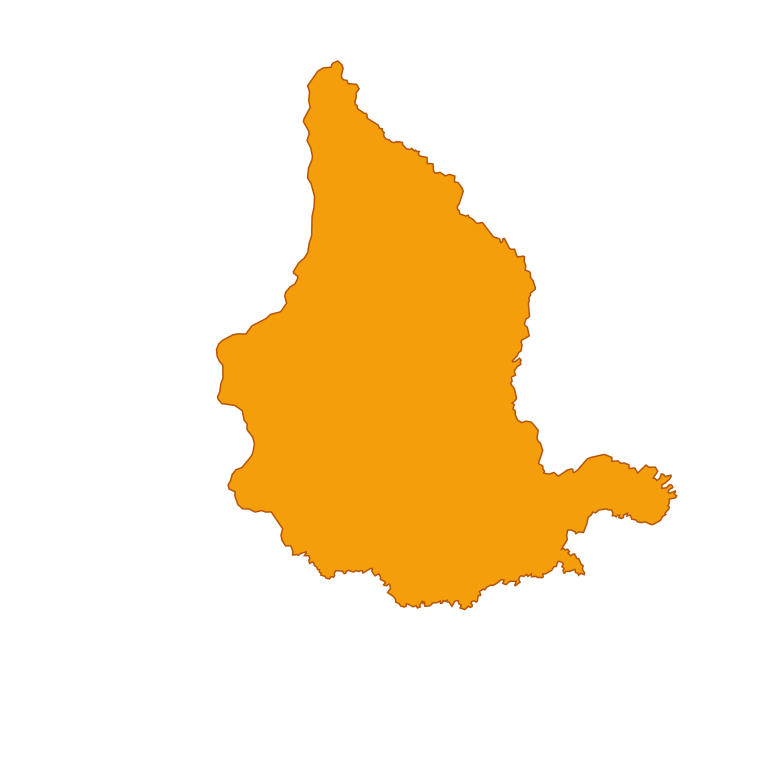 the district of Anzoátegui, Tolima, Colombia, rotated 50°
{"feature_id": "7082276B15169837386348", "entity_name": "Anzoátegui", "entity_type": "district", "adm_level": 2, "iso_a3": "COL", "parent_name": "Colombia", "parent_adm1": "Tolima", "projection": "equal_earth", "projection_center": [-75.176, 4.624], "detail": "fine", "context": "isolated", "style": "filled", "palette": "amber", "viewbox_px": 768, "rotation_deg": 50, "n_neighbors": 0, "source": "geoboundaries", "source_scale": "gbopen_adm2", "svg_char_len": 6170}
<svg xmlns="http://www.w3.org/2000/svg" viewBox="0 0 768 768"><g transform="rotate(50 384 384)"><path d="M102.8,227.5L101.8,233.7L106.5,250.9L112.2,253.1L118.5,259.5L124.7,262.8L129.3,274.5L131.2,277.1L142.0,279.1L144.6,281.0L148.0,286.4L156.1,288.4L163.5,292.4L165.8,294.9L170.1,303.1L177.0,310.1L183.8,311.1L195.7,316.7L203.5,323.8L209.5,331.5L223.7,343.9L227.9,350.6L234.4,358.1L236.4,364.4L236.4,371.6L239.7,381.2L241.1,382.1L246.1,380.8L247.8,382.5L250.1,387.7L249.3,393.4L250.5,400.4L253.0,403.6L259.5,406.7L262.0,415.7L261.9,417.5L257.7,426.2L258.1,432.2L254.8,446.6L254.6,448.5L257.0,457.6L251.4,464.1L249.2,468.2L246.8,479.6L247.0,484.7L249.9,490.1L255.5,494.0L261.0,495.5L265.9,495.4L276.0,503.5L279.0,508.9L284.6,515.1L286.8,519.8L289.4,520.9L294.8,520.8L304.6,512.0L313.4,509.7L322.0,514.5L326.5,514.4L330.8,518.2L340.2,518.7L346.5,521.7L352.3,528.5L354.1,532.5L356.7,546.5L354.5,552.6L355.8,558.6L359.3,563.5L361.2,568.4L364.9,570.2L370.9,567.3L373.8,570.2L382.5,573.4L388.8,572.5L392.9,567.8L399.3,565.0L402.4,559.0L405.7,557.2L409.6,552.6L429.8,554.7L433.5,560.0L437.9,562.5L444.7,563.5L447.9,559.5L453.6,561.3L456.3,564.0L458.7,560.4L460.2,559.6L460.3,556.5L462.6,551.6L463.7,552.5L464.3,555.3L467.2,551.9L470.0,553.0L470.7,555.0L473.7,556.3L474.1,553.8L475.3,552.6L478.3,554.1L480.7,553.2L483.5,554.1L484.8,552.8L486.4,554.5L488.3,553.6L489.7,555.2L493.6,552.8L495.5,553.2L498.4,551.0L497.5,548.4L499.6,546.8L499.1,545.0L497.1,543.9L496.0,540.9L500.6,536.2L503.6,536.4L504.3,534.9L503.2,533.3L504.1,530.9L508.3,528.4L509.0,525.2L511.5,523.9L512.1,521.3L513.3,520.7L515.2,521.6L516.7,512.9L517.9,511.4L519.5,513.6L525.1,514.3L526.1,509.9L529.9,510.8L531.3,512.4L535.6,510.4L537.2,510.7L537.6,513.5L540.1,512.0L540.3,509.1L541.2,508.5L544.7,510.3L546.1,515.3L552.9,513.4L556.0,513.4L558.8,515.2L561.7,513.7L564.7,513.9L567.7,512.0L568.5,510.0L567.0,508.5L567.2,507.5L573.3,505.0L574.4,501.9L577.1,502.3L578.1,499.4L576.5,499.1L575.0,494.5L577.1,495.1L576.5,493.7L577.2,493.3L580.6,495.5L583.0,492.2L583.5,489.2L582.9,487.7L585.6,483.8L586.5,480.4L588.1,481.7L589.0,481.1L589.2,479.8L588.0,477.9L589.9,476.8L590.1,474.8L591.5,475.7L592.7,474.5L598.1,474.9L595.9,469.6L596.8,467.3L598.1,466.5L600.1,468.0L603.2,467.0L604.4,469.7L608.7,467.1L608.5,462.2L610.5,461.5L611.1,459.7L610.1,458.3L607.8,458.3L607.0,456.3L608.2,454.2L610.3,453.7L610.4,452.2L606.7,447.8L607.9,446.3L607.7,445.4L604.2,444.3L605.1,439.5L606.4,439.1L605.7,435.8L606.7,431.6L608.4,429.7L609.2,425.8L609.3,420.0L611.4,418.0L613.1,421.2L616.2,419.4L615.9,414.7L620.1,409.5L622.2,413.2L622.9,413.1L623.3,407.2L620.1,406.3L618.9,403.7L619.0,402.1L621.3,400.7L621.7,397.0L623.9,397.5L624.2,393.3L626.5,394.9L629.2,391.1L630.6,390.9L634.1,387.3L634.0,385.9L631.6,384.5L633.2,382.4L634.5,375.4L633.3,371.3L634.5,369.1L632.2,366.0L632.1,364.2L634.7,362.4L637.1,362.1L638.4,365.2L640.8,364.6L642.0,366.8L644.4,367.8L645.0,367.0L644.5,365.2L646.8,362.3L648.8,356.8L651.5,358.4L653.7,357.3L655.6,357.9L655.5,354.9L658.7,353.2L657.7,351.8L653.3,351.0L651.3,348.3L648.6,348.8L643.1,347.1L641.6,348.4L636.8,347.3L636.0,347.9L635.4,351.6L631.7,351.8L631.7,349.7L628.6,349.5L627.7,351.8L625.3,352.3L624.6,354.3L621.1,343.7L617.4,341.4L614.0,337.2L616.1,334.5L620.1,332.6L622.0,333.3L622.6,329.8L626.0,326.7L621.6,318.7L617.4,313.3L617.5,309.3L616.3,306.4L618.8,304.7L618.6,300.3L622.9,293.6L624.3,293.4L626.8,290.7L629.6,291.4L631.8,293.8L632.6,292.2L635.0,291.5L634.7,289.4L635.9,287.8L637.2,290.0L639.5,288.6L640.2,286.5L638.4,284.6L639.4,280.7L641.3,282.8L642.7,279.6L646.9,281.1L649.8,278.5L652.7,278.3L655.7,276.0L657.2,272.7L663.3,269.8L664.6,268.2L666.2,259.7L664.6,256.0L665.2,252.0L663.6,251.8L662.6,245.7L661.6,244.6L659.7,244.8L659.0,242.7L655.6,239.4L658.6,233.6L657.9,231.6L654.6,232.3L654.0,230.0L653.1,229.7L651.5,235.0L649.9,236.1L648.1,233.5L649.0,229.4L646.8,228.6L644.5,229.9L645.1,234.4L642.5,238.2L639.8,235.9L640.6,232.8L640.5,226.8L639.6,223.7L638.3,222.8L635.7,227.9L632.9,228.0L631.2,229.3L633.6,233.7L633.3,237.1L631.1,236.9L629.2,238.4L626.8,230.4L622.2,229.6L618.1,234.5L614.5,235.4L615.3,247.0L609.6,245.8L606.4,250.5L603.3,248.3L598.9,250.8L596.9,253.7L593.3,254.2L589.7,259.2L586.7,256.6L579.6,260.4L573.0,273.2L572.1,276.8L574.4,291.4L574.0,295.3L572.9,295.9L571.0,294.3L569.8,294.6L567.8,298.6L566.7,309.6L561.0,310.7L559.1,315.7L554.8,318.9L553.8,317.0L551.7,317.0L548.8,315.1L544.2,316.8L536.9,305.1L529.4,302.1L527.0,302.8L523.8,301.7L518.6,295.6L508.1,295.6L503.8,299.0L502.2,303.2L497.6,304.9L492.0,303.2L488.5,300.6L486.1,301.4L483.5,297.4L481.1,298.2L480.8,293.0L479.9,291.5L471.7,287.3L465.0,286.7L464.3,284.1L461.2,282.5L460.7,281.0L461.8,277.7L457.7,275.7L456.4,271.1L456.8,266.3L455.0,265.8L454.0,263.7L451.4,263.6L451.0,269.3L449.8,271.1L448.9,271.0L447.9,263.5L446.4,260.7L446.7,257.7L442.8,253.1L439.7,251.9L439.0,250.5L440.5,241.8L432.6,237.7L429.8,238.4L428.0,237.6L425.4,233.2L426.0,230.6L425.4,228.8L415.2,221.7L413.3,218.9L411.0,217.6L410.1,214.4L408.5,213.5L408.6,207.4L407.7,206.2L400.7,203.4L396.9,203.3L392.8,200.5L391.3,200.4L387.6,202.7L384.7,199.6L379.7,197.4L376.8,194.6L375.7,195.0L372.3,200.2L364.6,197.4L362.6,200.0L360.4,200.7L349.9,198.2L349.3,199.8L351.1,201.9L350.8,203.7L347.0,202.2L341.7,205.6L323.5,204.9L320.6,209.8L315.5,209.9L310.7,211.6L308.7,211.0L308.0,213.3L302.5,216.6L299.6,215.0L297.4,215.4L295.1,213.6L294.4,210.8L287.4,199.5L284.5,198.3L277.2,197.8L274.4,200.1L270.3,196.1L265.5,199.1L264.0,203.3L257.9,205.0L255.5,209.2L252.8,209.2L246.8,205.0L242.8,209.1L238.1,205.4L232.1,210.2L229.6,209.8L228.6,207.5L226.5,209.7L225.2,209.5L224.9,211.0L221.4,211.2L220.9,213.6L218.1,215.7L212.4,215.8L210.9,214.6L207.9,216.9L207.4,218.4L206.3,218.4L205.9,220.7L203.6,222.7L200.2,223.0L197.7,225.1L194.6,224.9L192.3,223.7L191.6,222.2L189.0,222.5L187.2,221.3L185.3,223.1L182.0,222.0L169.7,226.0L166.7,223.9L165.1,223.9L163.6,225.3L156.0,227.3L153.8,225.7L150.8,226.2L148.0,223.5L147.0,221.3L143.1,218.3L141.9,213.3L136.8,212.4L130.9,218.4L127.6,217.2L125.4,219.2L122.8,219.7L120.2,218.3L115.9,212.4L112.4,211.1L106.9,211.8L105.4,216.4L105.8,218.7L107.4,220.7L102.8,227.5Z" fill="#f59e0b" stroke="#b45309" stroke-width="1.5"/></g></svg>